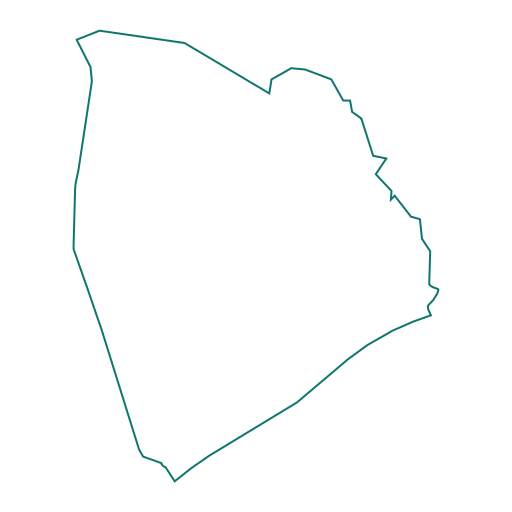 Onslow, United States of America
{"feature_id": "52423323B38780973615632", "entity_name": "Onslow", "entity_type": "district", "adm_level": 2, "iso_a3": "USA", "parent_name": "United States of America", "parent_adm1": "", "projection": "equal_earth", "projection_center": [-77.351, 34.712], "detail": "fine", "context": "isolated", "style": "outline", "palette": "teal", "viewbox_px": 512, "rotation_deg": 0, "n_neighbors": 0, "source": "geoboundaries", "source_scale": "gbopen_adm2", "svg_char_len": 997}
<svg xmlns="http://www.w3.org/2000/svg" viewBox="0 0 512 512"><path d="M77.2,39.5L76.7,39.8L90.5,67.0L91.9,81.3L78.4,170.3L75.6,183.6L75.1,189.0L73.6,244.6L73.6,249.1L86.0,284.4L86.6,286.0L98.3,320.2L98.7,321.2L102.0,331.0L139.1,449.6L143.1,456.6L161.3,463.1L161.3,463.7L162.0,464.4L162.5,465.5L164.3,466.8L165.6,467.3L174.7,481.3L191.1,468.3L209.2,455.7L297.0,402.4L347.9,359.3L367.8,344.8L388.5,333.0L392.4,330.7L413.0,321.7L430.9,315.3L428.3,309.5L427.8,306.7L428.0,305.9L428.8,304.7L433.3,300.0L437.3,293.5L437.6,292.6L438.4,289.9L438.3,289.5L437.9,289.0L432.9,287.2L431.0,286.1L429.2,284.3L430.2,251.3L422.0,238.8L419.9,219.2L410.9,216.6L394.7,195.7L390.9,199.6L391.5,191.0L375.8,174.2L386.3,158.5L373.2,155.8L361.6,119.3L361.4,119.2L361.2,119.0L361.1,118.9L361.2,118.7L361.2,118.4L352.1,111.9L350.1,100.6L343.2,100.5L331.3,79.4L305.1,69.5L291.3,68.2L271.5,79.4L269.3,93.4L247.7,80.6L245.4,79.2L231.3,70.8L184.5,43.0L99.5,30.7L77.2,39.5Z" fill="none" stroke="#0f766e" stroke-width="2"/></svg>